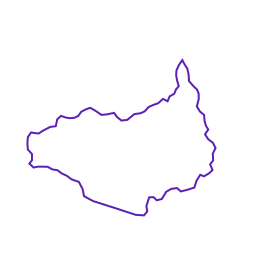 outline of Vinhedo, São Paulo, Brazil, rotated 197°
{"feature_id": "56859067B14267912017366", "entity_name": "Vinhedo", "entity_type": "district", "adm_level": 2, "iso_a3": "BRA", "parent_name": "Brazil", "parent_adm1": "São Paulo", "projection": "albers", "projection_center": [-46.977, -23.061], "detail": "fine", "context": "isolated", "style": "outline", "palette": "violet", "viewbox_px": 256, "rotation_deg": 197, "n_neighbors": 0, "source": "geoboundaries", "source_scale": "gbopen_adm2", "svg_char_len": 1299}
<svg xmlns="http://www.w3.org/2000/svg" viewBox="0 0 256 256"><g transform="rotate(197 128 128)"><path d="M211.9,65.1L206.8,62.6L202.8,64.7L198.2,66.1L193.5,67.4L188.2,66.3L183.0,67.0L178.2,65.2L172.5,64.4L167.1,62.4L159.2,62.1L153.3,56.0L150.2,50.0L140.0,47.9L123.5,47.7L118.4,47.7L110.3,47.5L95.3,47.2L87.1,49.1L85.2,53.9L87.6,58.8L87.5,67.9L83.3,69.3L79.4,67.3L74.9,70.0L72.8,78.2L69.0,82.3L63.6,84.9L58.9,82.8L53.1,86.3L47.1,90.5L47.1,97.4L45.2,104.4L41.2,104.0L37.2,108.4L34.9,112.6L38.8,117.2L37.1,121.9L39.4,128.3L38.4,134.4L42.4,138.6L48.0,140.7L52.5,144.5L50.8,150.0L54.0,152.8L56.8,157.0L59.1,162.8L63.9,164.7L68.5,168.8L68.8,176.3L70.5,181.6L73.3,185.0L77.4,187.0L83.4,190.7L85.6,196.7L88.6,202.1L92.0,204.9L95.9,208.8L97.7,203.2L98.5,197.3L97.4,192.6L95.0,187.9L91.7,182.8L93.4,178.8L93.8,174.3L97.4,170.4L98.0,165.1L103.0,166.1L106.4,160.5L110.5,157.5L114.5,154.0L116.9,148.8L120.3,145.8L126.0,143.1L131.0,135.6L136.4,133.2L141.9,135.4L145.8,138.4L152.0,134.9L157.3,132.8L164.0,134.9L170.0,136.3L173.8,133.5L177.5,129.8L179.1,124.9L182.6,121.9L186.8,120.3L190.7,119.8L195.6,120.0L198.2,115.6L197.6,108.6L202.7,106.3L209.1,100.0L211.7,96.7L215.5,95.9L219.4,95.4L221.1,90.0L219.6,83.5L217.5,78.2L212.2,75.0L210.4,69.1L211.9,65.1Z" fill="none" stroke="#5b21b6" stroke-width="2"/></g></svg>